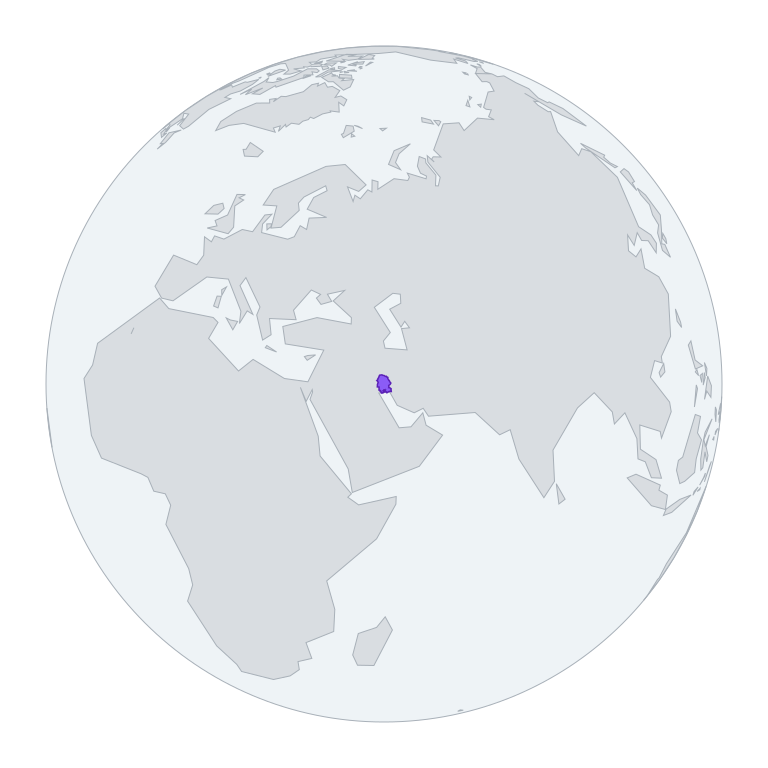 Khuzestan highlighted on a globe, orthographic projection
{"feature_id": "IRN-3219", "entity_name": "Khuzestan", "entity_type": "Province", "adm_level": 1, "iso_a3": "IRN", "parent_name": "Iran", "parent_adm1": "", "projection": "orthographic", "projection_center": [48.994, 31.501], "detail": "fine", "context": "on_globe", "style": "filled", "palette": "violet", "viewbox_px": 768, "rotation_deg": 0, "n_neighbors": 0, "source": "natural_earth", "source_scale": "10m", "svg_char_len": 12709}
<svg xmlns="http://www.w3.org/2000/svg" viewBox="0 0 768 768"><circle cx="384" cy="384" r="338" fill="#eef3f6" stroke="#a8b0b8"/><path d="M396.9,46.3L429.6,49.7L445.3,52.0L438.5,51.4L471.1,57.5L493.4,64.3L465.5,56.2L460.6,55.3L474.4,59.2L472.3,59.2L477.8,61.4L474.2,61.5L458.2,57.8L455.5,58.0L465.4,60.9L468.0,63.5L453.8,59.1L456.8,63.3L430.6,60.1L395.7,51.9L378.4,53.5L335.1,55.1L336.3,56.4L320.6,59.1L316.2,61.9L309.4,62.3L311.7,64.4L318.8,63.6L322.1,64.4L320.2,66.3L311.2,66.7L310.9,65.9L307.2,67.1L303.6,66.7L304.2,67.9L293.6,68.9L301.1,70.9L290.1,74.1L283.9,74.1L288.6,70.2L285.6,63.5L280.8,63.8L269.2,67.3L238.9,81.0L231.8,83.6L219.3,90.0L221.2,89.7L231.7,84.9L232.4,87.1L245.2,81.9L247.3,82.3L258.8,79.4L252.6,84.3L240.4,91.0L230.5,94.0L224.9,97.4L230.7,98.7L208.9,109.4L188.6,126.2L183.4,129.1L179.7,125.7L188.7,114.1L183.9,113.3L182.5,118.8L169.6,127.3L165.6,131.2L163.7,134.1L166.8,133.0L161.5,137.4L160.9,132.7L165.7,128.6L165.9,129.9L170.0,124.9L169.5,123.4L163.0,128.7L165.8,125.9L185.5,110.5L206.3,96.6L228.0,84.2L250.6,73.5L273.9,64.5L297.8,57.2L322.2,51.8L347.0,48.1L371.9,46.3L396.9,46.3ZM46.9,408.1L49.3,429.1L52.0,446.9L52.1,447.4L46.9,408.1ZM457.0,54.1L449.3,52.5L457.4,54.2L457.0,54.1ZM479.3,61.8L482.1,62.4L483.7,63.4L479.3,61.8ZM261.4,77.0L260.1,78.2L258.6,78.1L261.4,77.0ZM267.6,74.9L266.8,74.0L269.7,72.9L270.1,73.4L267.6,74.9ZM479.6,64.6L481.4,66.4L476.8,63.8L479.6,64.6ZM267.9,76.4L274.8,71.1L279.8,69.3L285.6,70.1L267.9,76.4ZM480.6,67.1L485.2,72.4L491.9,73.9L475.5,73.5L477.1,68.6L470.4,64.9L477.1,67.0L480.6,67.1ZM321.8,62.6L314.3,63.5L322.4,61.2L321.8,62.6ZM326.2,61.0L346.4,54.3L356.6,54.5L347.8,56.4L362.5,56.0L357.6,59.2L348.4,60.3L342.7,59.3L345.2,61.4L326.2,61.0ZM465.8,72.8L464.5,73.9L462.8,72.2L465.8,72.8ZM324.1,64.6L327.3,63.0L336.4,62.9L331.7,66.3L330.2,65.1L324.1,64.6ZM368.8,54.5L374.7,55.5L372.3,58.2L374.3,59.1L358.3,59.4L368.8,54.5ZM327.2,66.1L329.0,68.1L323.0,69.9L321.6,66.3L327.2,66.1ZM340.7,61.6L344.8,61.9L341.0,62.8L340.7,61.6ZM302.5,78.6L306.1,76.1L311.1,75.7L302.5,78.6ZM330.2,68.7L332.2,68.1L334.6,67.8L334.6,69.5L330.2,68.7ZM357.8,61.6L355.5,62.8L364.2,61.6L362.8,64.1L352.3,64.0L356.2,65.1L355.8,65.9L347.8,65.1L357.8,61.6ZM341.7,70.7L328.0,72.2L320.2,76.7L315.5,77.0L328.9,69.8L341.7,70.7ZM346.0,67.4L342.3,69.4L338.3,68.4L338.4,66.5L346.0,67.4ZM365.5,66.0L370.4,62.1L372.5,62.4L365.5,66.0ZM340.2,72.1L343.6,71.7L340.2,72.5L340.2,72.1ZM358.6,67.9L360.1,66.4L362.4,66.7L358.6,67.9ZM349.1,72.5L344.7,72.9L344.5,71.4L349.1,72.5ZM354.1,70.5L357.0,71.3L347.2,70.7L354.3,69.8L354.1,70.5ZM360.6,68.4L362.5,68.1L359.7,69.1L360.6,68.4ZM352.0,78.3L339.6,77.8L339.5,74.4L351.5,75.2L352.0,78.3ZM91.4,435.4L84.0,378.5L92.6,365.0L97.6,343.3L159.6,298.0L168.8,308.6L213.2,317.5L218.0,322.4L208.6,338.4L238.5,371.0L253.1,359.4L284.4,378.5L307.9,381.8L323.8,350.1L285.3,343.9L282.8,326.5L317.0,317.6L351.2,324.0L351.4,317.6L333.2,300.9L344.7,290.4L327.4,294.2L331.7,301.4L321.0,304.4L316.4,298.1L320.6,294.4L311.3,290.0L293.5,310.2L296.1,319.7L269.5,318.5L271.1,334.7L262.6,340.1L256.7,315.0L260.0,307.0L245.9,277.6L240.0,285.6L252.9,314.4L247.2,310.9L239.4,323.5L240.9,311.2L228.4,279.1L206.8,277.0L173.0,300.8L161.6,298.1L155.0,286.2L173.6,255.1L196.8,264.7L203.7,255.2L204.5,236.8L211.4,241.8L214.6,235.9L223.9,239.1L242.3,229.5L252.6,231.7L264.9,215.0L271.9,214.2L262.6,224.0L261.6,232.6L287.7,239.2L294.3,236.7L300.2,225.7L306.6,229.5L309.1,218.1L326.6,217.4L307.2,209.2L313.7,197.5L327.1,190.7L325.7,185.8L304.0,197.0L298.4,203.1L299.2,210.4L281.0,227.3L271.0,228.1L276.8,205.9L263.2,205.0L273.7,189.4L326.0,166.4L345.2,164.5L366.1,184.9L358.7,191.4L347.5,186.9L353.1,201.5L354.9,195.2L360.3,198.8L367.8,189.8L371.9,192.0L372.1,180.0L378.0,181.7L377.8,189.3L394.0,178.7L407.8,180.5L409.4,177.2L407.3,173.1L426.1,178.8L426.5,176.1L420.5,173.2L417.4,166.2L419.2,156.5L425.6,159.0L425.8,162.8L435.9,175.1L435.5,185.8L438.3,185.9L440.2,177.3L427.9,162.1L427.2,155.7L434.2,162.0L431.6,159.2L433.2,156.8L440.9,157.0L433.7,149.9L443.2,123.9L459.0,122.8L464.1,130.6L477.5,118.1L494.2,119.7L488.6,116.7L491.3,109.9L486.1,109.2L483.6,107.4L488.1,92.0L494.1,91.1L489.7,82.9L486.8,81.6L482.1,81.7L475.5,73.5L491.9,73.9L497.5,76.7L503.9,75.9L515.9,82.7L528.8,88.7L538.3,98.0L547.7,102.7L549.1,101.9L562.9,108.5L586.4,126.1L561.2,114.8L524.6,93.3L539.0,101.8L533.9,101.2L537.9,105.2L548.2,111.7L550.6,111.6L557.6,131.9L578.7,155.6L581.7,148.7L590.8,151.7L617.4,177.3L638.6,226.7L650.9,234.9L656.4,243.2L656.2,252.8L648.2,240.7L641.7,240.5L637.2,232.7L634.2,245.4L627.6,235.0L628.5,250.8L636.0,256.9L641.0,248.9L644.7,268.3L658.8,276.8L668.3,294.0L670.6,336.3L661.3,356.6L662.3,363.0L654.6,360.6L650.4,377.4L669.6,402.1L671.2,411.7L661.5,438.1L660.2,431.4L639.8,425.0L640.4,449.2L656.0,459.6L661.5,478.2L651.4,477.7L645.3,461.8L638.0,458.9L636.9,438.6L624.9,412.8L614.4,424.0L612.3,411.9L594.2,392.7L577.5,407.9L553.0,450.1L554.5,481.3L543.9,497.7L518.9,459.0L510.2,429.7L499.6,434.8L475.2,412.5L428.5,416.2L423.2,408.3L414.2,412.8L397.2,405.3L389.7,392.0L378.8,393.0L399.1,427.8L411.0,426.8L422.8,412.8L426.1,425.2L442.6,435.1L419.3,466.3L352.3,492.5L348.2,468.9L310.0,399.4L312.6,392.0L312.5,391.2L312.2,389.6L306.2,401.3L300.4,387.4L318.2,436.1L320.1,456.0L351.4,493.8L347.8,497.2L358.6,504.9L396.2,496.5L395.9,504.2L376.6,538.8L326.7,580.9L334.8,609.4L333.7,631.5L306.0,642.6L311.8,658.4L298.0,661.6L299.3,669.6L290.1,675.9L273.5,679.5L241.6,671.5L236.8,664.4L216.7,645.9L187.6,601.1L192.7,584.9L188.7,568.6L165.9,524.4L170.7,505.2L165.3,493.8L153.8,491.2L147.9,477.4L141.1,473.8L101.5,458.1L91.4,435.4ZM133.9,327.7L131.1,333.9L133.9,327.7ZM385.0,348.2L407.1,349.9L401.5,328.6L409.5,327.8L404.7,321.3L401.0,327.1L389.7,309.2L400.8,303.3L400.3,294.2L392.8,293.3L374.3,307.3L390.3,332.5L383.4,341.0L385.0,348.2ZM169.7,127.5L169.5,128.1L166.6,131.6L166.0,131.1L169.7,127.5ZM165.7,142.3L157.2,149.1L162.8,143.5L160.3,143.7L169.0,132.8L181.3,130.0L174.2,132.9L165.7,142.3ZM184.1,118.7L177.2,125.2L184.3,118.3L184.1,118.7ZM222.8,203.2L224.1,208.5L218.0,214.1L205.0,213.8L213.8,205.4L222.8,203.2ZM227.6,215.0L237.0,194.4L245.4,194.6L239.1,197.8L243.7,200.0L234.8,205.9L233.6,227.2L228.1,233.7L207.2,228.0L217.0,225.9L215.1,220.5L227.6,215.0ZM246.1,149.3L250.3,142.5L263.2,151.3L257.8,156.8L244.5,156.1L243.1,149.4L246.1,149.3ZM276.8,79.8L277.6,78.2L280.1,77.9L281.5,79.0L276.8,79.8ZM303.8,77.5L276.0,87.2L275.5,85.6L259.9,94.4L252.4,93.8L262.8,88.0L245.4,94.7L251.7,89.2L240.1,94.4L263.9,81.5L269.0,77.6L266.2,82.0L272.9,82.5L277.3,81.5L293.6,76.1L307.7,68.8L316.6,68.8L319.2,70.9L317.1,72.6L312.0,71.8L313.0,74.8L304.0,75.1L303.8,77.5ZM343.8,105.9L338.7,102.3L339.2,112.1L330.2,110.9L330.8,112.1L322.6,113.9L313.7,118.5L310.3,117.2L308.3,119.6L302.8,121.2L299.0,124.3L291.4,123.2L286.1,127.0L285.5,124.4L278.4,131.4L280.3,125.9L273.4,128.0L275.2,132.2L243.7,123.4L229.0,125.4L215.7,130.6L220.8,121.5L236.5,111.4L256.3,103.1L269.7,103.0L269.6,99.4L276.0,98.5L273.4,101.7L281.2,96.3L285.8,96.6L303.4,91.7L311.8,84.7L318.5,83.2L317.5,86.1L324.8,82.6L327.5,87.2L332.3,86.4L339.8,90.6L335.1,97.4L340.9,96.0L346.8,99.7L343.8,105.9ZM353.7,79.5L350.2,86.9L343.5,90.2L333.3,81.7L328.5,81.8L321.8,77.4L331.6,72.9L332.6,74.5L335.9,75.1L331.5,76.2L337.5,75.8L339.1,78.1L344.2,78.6L341.7,80.7L353.7,79.5ZM226.2,317.9L230.4,320.0L237.6,321.4L232.8,329.8L226.2,317.9ZM217.1,296.1L221.3,296.3L218.0,307.9L213.6,306.0L217.1,296.1ZM226.5,286.9L221.8,295.4L221.7,289.7L226.5,286.9ZM266.8,223.9L271.6,223.8L271.0,226.6L267.0,229.9L266.8,223.9ZM343.3,137.7L341.4,134.3L343.5,133.4L346.2,125.4L353.1,126.1L354.2,131.2L343.3,137.7ZM315.6,354.9L307.2,360.3L304.4,356.6L307.8,355.5L315.6,354.9ZM266.8,345.5L276.6,352.0L265.3,347.7L266.8,345.5ZM351.2,137.1L351.5,133.6L354.8,136.2L351.2,137.1ZM358.2,126.3L362.5,128.6L354.2,125.3L358.2,126.3ZM460.2,709.9L463.3,710.2L457.7,711.3L460.2,709.9ZM392.4,630.0L373.9,665.5L357.5,665.2L352.7,655.0L358.3,633.5L376.6,627.4L385.2,616.8L392.4,630.0ZM697.1,491.5L700.1,488.2L699.8,489.7L697.1,491.5ZM694.1,491.5L698.1,486.9L692.9,495.3L694.1,491.5ZM699.6,485.1L703.7,477.4L705.4,473.0L704.8,476.1L699.6,485.1ZM691.1,495.0L671.8,512.3L663.4,515.5L666.1,509.1L679.8,499.4L691.1,495.0ZM665.4,509.5L651.4,505.7L627.2,477.9L636.0,474.2L660.3,485.1L658.9,490.2L667.4,495.1L665.4,509.5ZM696.2,458.8L694.6,472.5L684.7,481.3L679.8,483.6L676.5,470.3L678.4,460.4L682.7,457.1L695.3,414.5L700.5,416.4L697.5,432.9L701.5,439.8L696.2,458.8ZM556.3,483.7L565.1,499.2L558.9,504.0L556.3,483.7ZM697.5,388.6L694.4,407.0L696.3,384.9L697.5,388.6ZM696.9,369.6L698.6,375.6L695.3,371.9L696.9,369.6ZM664.9,371.9L660.6,377.1L659.1,372.7L663.7,363.5L664.9,371.9ZM675.4,308.9L680.6,322.2L681.6,327.5L677.1,321.2L675.4,308.9ZM410.4,143.8L399.1,153.7L395.5,162.5L400.6,169.7L388.5,164.4L394.1,150.7L410.4,143.8ZM438.5,125.8L434.0,120.4L439.1,120.6L440.8,121.8L438.5,125.8ZM433.5,124.1L422.1,121.9L421.6,117.6L430.7,120.1L433.5,124.1ZM386.4,128.2L382.6,130.9L380.0,128.5L386.4,128.2ZM643.6,600.3L646.8,596.4L657.5,579.5L659.1,577.9L666.4,563.8L686.4,532.8L702.8,494.2L706.1,486.3L697.2,510.9L686.4,534.8L673.9,557.7L659.6,579.6L643.6,600.3ZM704.4,481.8L709.6,465.7L711.4,461.4L704.4,481.8ZM720.2,417.8L719.2,423.1L719.0,419.7L720.2,411.4L718.2,414.7L720.6,403.3L720.7,411.8L721.6,397.3L721.7,396.6L720.2,417.8ZM718.8,429.8L719.0,428.3L718.3,433.2L718.8,429.8ZM714.1,436.4L713.7,440.0L712.7,439.6L714.1,436.4ZM715.5,431.5L717.7,428.4L715.0,435.0L715.5,431.5ZM703.9,439.7L705.2,445.8L709.4,434.7L706.1,446.6L708.0,455.5L706.7,461.8L705.0,451.8L702.8,467.7L700.9,470.1L700.7,459.1L703.2,441.2L705.1,432.3L712.1,418.8L703.9,439.7ZM715.8,421.9L715.0,414.4L715.4,406.9L716.4,409.9L715.8,421.9ZM710.9,397.3L706.8,391.1L704.5,399.4L707.7,376.0L711.4,385.7L710.9,397.3ZM705.2,377.6L703.2,385.1L704.3,372.5L705.2,377.6ZM701.8,382.5L700.0,375.5L702.4,373.5L701.8,382.5ZM706.5,375.9L704.4,362.5L706.9,368.4L706.5,375.9ZM695.1,360.0L702.7,365.8L695.4,369.0L688.3,345.1L690.9,340.9L695.1,360.0ZM666.8,243.8L662.4,238.1L662.8,233.4L665.8,238.6L666.8,243.8ZM660.3,215.0L661.5,230.3L661.8,243.8L664.8,244.4L670.5,257.3L662.5,250.4L657.6,232.9L658.6,224.9L652.6,214.9L649.5,204.7L640.7,194.6L637.3,188.1L645.6,195.1L660.3,215.0ZM636.8,190.6L620.3,171.9L624.0,168.6L628.5,171.9L634.5,181.6L632.2,182.8L636.8,190.6ZM617.4,166.6L615.0,167.8L585.7,148.0L580.5,143.3L604.7,155.2L603.7,157.2L610.3,163.0L617.4,166.6ZM468.2,74.9L464.8,74.0L467.7,73.8L468.2,74.9ZM480.7,107.2L477.8,104.6L481.3,104.1L480.7,107.2ZM471.7,97.5L469.8,99.9L469.2,96.3L471.7,97.5ZM466.0,105.6L467.8,100.3L469.9,106.9L466.0,105.6Z" fill="#d9dde1" stroke="#a8b0b8" stroke-width="1"/><path d="M380.1,391.0L380.0,390.9L379.9,390.9L379.9,390.6L379.8,390.4L379.7,390.3L379.7,390.2L379.0,390.1L379.0,389.9L379.1,387.1L377.3,386.9L377.4,385.5L377.4,384.5L378.2,382.4L378.2,382.2L377.9,381.9L377.8,381.7L377.7,381.6L377.4,381.2L377.4,380.9L377.2,380.9L377.0,380.5L376.9,380.4L377.1,380.3L377.6,380.0L377.8,379.7L377.7,379.3L377.7,379.0L378.1,378.5L378.6,377.5L378.8,377.1L379.5,375.3L379.8,375.1L381.0,375.0L381.4,374.9L381.9,374.9L382.4,375.0L382.7,375.3L383.0,375.4L384.1,375.5L385.2,376.3L385.9,376.4L386.3,376.3L386.5,376.9L386.8,377.0L387.2,377.0L387.7,377.2L387.9,377.5L387.7,378.1L387.8,378.6L388.6,379.8L388.7,380.2L388.8,380.3L389.0,380.4L389.0,380.5L389.3,380.6L389.4,380.8L389.6,381.3L389.7,381.7L389.9,381.9L390.1,382.1L390.2,382.3L390.7,382.7L390.8,383.1L390.8,383.3L390.5,383.7L390.4,384.0L390.0,384.5L389.4,385.0L389.0,385.2L388.9,385.3L388.7,385.5L388.7,386.0L388.9,386.9L388.9,387.1L388.9,387.4L388.8,387.6L389.7,387.6L389.9,387.9L390.3,388.2L390.8,388.5L391.1,388.7L391.2,389.0L390.9,389.7L391.0,390.0L391.2,390.6L391.3,391.5L390.5,391.5L390.2,391.3L389.7,391.4L389.4,391.6L389.1,391.5L388.9,391.6L388.7,391.6L387.1,392.7L386.9,392.7L386.7,392.7L386.6,392.4L386.6,392.1L386.5,391.9L386.4,391.9L386.2,391.9L385.9,391.9L385.7,391.8L385.4,391.9L385.2,391.9L385.2,391.6L385.1,391.4L385.1,391.2L385.1,391.3L384.9,391.5L384.7,391.4L384.1,391.1L384.0,390.8L383.9,390.7L383.6,390.6L383.8,390.5L384.0,390.5L384.3,390.5L384.3,390.4L384.5,390.5L384.8,390.6L385.0,390.7L385.1,390.8L385.1,390.7L385.3,390.4L385.4,390.2L385.2,390.2L385.1,389.9L385.0,390.0L384.9,390.0L384.9,389.9L384.7,389.9L384.4,389.8L384.2,389.8L383.9,389.8L383.8,390.0L384.1,390.1L384.2,390.3L383.8,390.4L383.7,390.4L383.4,390.6L383.3,390.8L383.3,391.0L383.5,391.3L383.7,391.5L383.7,391.9L383.7,392.0L383.7,392.3L383.7,392.5L383.4,392.7L383.1,392.7L382.9,392.7L382.5,392.7L382.3,392.5L382.2,392.5L382.3,392.8L382.3,393.0L382.2,393.0L381.7,393.1L381.4,393.0L381.3,392.9L381.2,392.8L381.2,392.7L381.1,392.4L380.9,392.2L380.9,391.9L381.0,391.8L381.0,391.7L380.8,391.4L380.6,391.2L380.4,391.0L380.4,390.9L380.1,391.0L380.1,391.0Z" fill="#8b5cf6" stroke="#5b21b6" stroke-width="1.5"/></svg>